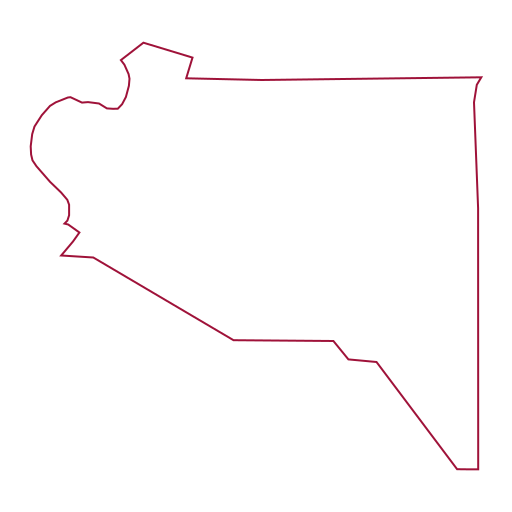 Hickman, Kentucky, United States of America (Albers equal-area conic projection)
{"feature_id": "52423323B69362371479098", "entity_name": "Hickman", "entity_type": "district", "adm_level": 2, "iso_a3": "USA", "parent_name": "United States of America", "parent_adm1": "Kentucky", "projection": "albers", "projection_center": [-89.075, 36.65], "detail": "fine", "context": "isolated", "style": "outline", "palette": "rose", "viewbox_px": 512, "rotation_deg": 0, "n_neighbors": 0, "source": "geoboundaries", "source_scale": "gbopen_adm2", "svg_char_len": 734}
<svg xmlns="http://www.w3.org/2000/svg" viewBox="0 0 512 512"><path d="M481.3,77.3L261.7,80.0L186.2,78.3L192.5,57.6L143.4,42.7L120.9,60.1L124.4,64.7L128.6,74.1L129.5,78.7L128.9,85.8L125.9,97.0L122.1,104.2L117.8,108.7L112.9,108.8L106.9,108.4L99.0,103.5L88.0,102.1L82.0,102.6L70.5,97.2L67.9,97.5L55.8,102.3L50.0,105.9L41.8,115.2L34.5,126.5L32.2,134.1L30.7,146.3L31.1,154.5L32.5,160.4L36.5,166.3L50.1,181.9L61.1,192.5L67.3,199.8L69.1,204.7L69.1,215.3L67.4,220.6L64.5,223.6L68.2,224.5L79.4,232.5L73.0,241.5L61.2,255.5L93.3,257.5L233.5,340.2L333.4,341.0L348.4,359.4L376.5,362.0L457.1,469.2L457.4,469.2L465.9,469.3L466.3,469.3L478.2,469.3L478.1,208.2L474.0,102.3L476.8,84.8L481.3,77.3Z" fill="none" stroke="#9f1239" stroke-width="2"/></svg>